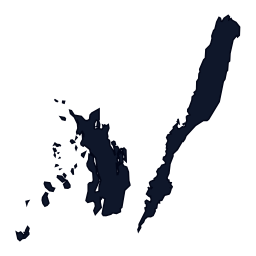 Maluku Tenggara, Maluku, Indonesia (Mercator projection)
{"feature_id": "22746128B6545713511337", "entity_name": "Maluku Tenggara", "entity_type": "district", "adm_level": 2, "iso_a3": "IDN", "parent_name": "Indonesia", "parent_adm1": "Maluku", "projection": "mercator", "projection_center": [132.834, -5.655], "detail": "fine", "context": "isolated", "style": "filled", "palette": "ink", "viewbox_px": 256, "rotation_deg": 0, "n_neighbors": 0, "source": "geoboundaries", "source_scale": "gbopen_adm2", "svg_char_len": 5869}
<svg xmlns="http://www.w3.org/2000/svg" viewBox="0 0 256 256"><path d="M228.9,19.8L229.4,16.8L228.2,15.4L224.1,18.2L222.3,21.3L221.2,21.3L220.4,18.2L219.0,17.4L216.7,22.0L215.0,29.0L213.6,30.6L211.8,36.0L212.1,38.5L211.0,43.0L210.0,45.3L205.9,49.4L205.4,58.1L203.7,59.8L199.7,69.2L200.1,71.8L199.0,73.8L198.7,78.7L196.8,81.5L196.6,89.2L196.0,90.9L194.1,92.4L195.0,94.3L192.2,96.9L191.9,100.4L189.3,107.5L187.8,109.3L187.7,111.4L189.9,114.9L187.1,115.9L186.4,116.9L186.8,120.9L185.3,124.1L185.4,126.2L183.9,127.1L182.4,126.7L179.9,128.7L177.8,128.7L176.6,125.9L177.5,124.2L177.2,123.5L173.3,127.1L173.5,128.9L170.1,132.5L171.1,133.8L168.0,134.8L166.6,137.5L168.1,140.9L166.2,144.7L166.9,145.5L166.4,148.1L167.3,148.7L165.9,151.3L166.6,153.7L165.5,156.4L163.6,157.2L163.2,159.5L165.5,161.9L165.4,164.1L161.9,165.2L160.3,167.8L158.3,168.9L156.8,171.6L157.9,174.1L156.9,176.6L154.2,178.6L154.3,180.0L150.4,181.6L149.5,182.9L150.6,186.3L152.2,187.6L151.1,188.7L150.6,187.7L149.4,188.2L147.9,187.2L149.0,189.0L146.5,194.0L148.9,196.2L150.5,196.3L150.2,197.0L151.3,198.8L150.9,201.0L150.2,202.2L146.6,200.2L145.2,201.3L145.5,203.5L146.6,204.2L146.3,207.5L145.0,207.9L145.7,211.1L139.1,224.3L139.1,227.0L137.9,229.5L138.4,231.5L140.7,227.6L140.4,225.4L143.5,222.1L144.7,219.1L147.6,216.6L150.8,216.7L153.1,215.5L155.2,211.1L154.9,209.2L156.7,207.9L157.2,204.1L158.4,202.5L159.5,202.9L159.4,200.7L161.8,200.3L164.5,195.3L169.0,194.1L170.0,192.6L171.1,188.8L170.6,188.0L171.8,187.8L172.2,186.7L170.6,184.5L171.2,182.7L169.2,182.5L168.8,180.0L167.5,179.8L167.0,177.6L168.9,173.3L170.0,163.9L173.0,156.1L172.9,153.9L177.3,149.7L182.2,141.4L183.1,141.5L184.7,139.2L186.1,135.7L195.5,125.5L203.3,120.5L207.0,120.5L208.6,119.3L219.2,101.7L223.3,81.5L224.9,79.1L226.4,71.6L227.5,70.4L228.1,62.3L229.6,61.0L230.0,53.4L233.0,40.0L236.2,36.0L236.8,35.5L237.5,37.0L239.3,35.3L239.6,27.0L236.0,22.4L232.0,20.2L231.0,18.5L228.9,19.8ZM99.1,119.6L99.1,108.9L91.8,113.0L90.1,115.0L89.5,119.5L87.1,120.7L84.9,120.3L81.3,116.4L74.3,115.2L71.4,110.7L69.7,110.2L70.5,113.6L74.4,117.2L76.8,122.3L77.4,120.7L78.4,122.7L78.5,123.6L77.4,122.8L77.9,128.3L76.6,132.0L77.0,133.9L78.4,133.3L79.8,134.7L81.5,132.0L82.8,134.6L82.9,132.4L83.8,133.9L83.7,135.8L82.4,134.4L82.7,139.4L80.8,143.1L81.1,144.8L83.2,146.2L84.4,145.1L89.5,149.2L90.4,148.6L89.8,149.7L90.3,152.1L95.7,157.9L97.7,171.6L100.9,180.2L99.2,186.1L98.9,191.5L95.3,192.3L94.8,190.9L99.0,181.3L98.9,177.8L96.4,173.2L96.4,168.7L93.5,161.7L93.5,156.3L89.0,154.2L88.7,159.5L87.0,163.5L87.2,165.9L89.4,169.8L92.8,172.3L93.4,180.3L92.5,182.3L89.4,182.9L88.2,184.3L88.2,191.2L86.0,200.6L87.8,202.4L93.1,200.9L94.9,202.7L95.5,206.2L93.8,210.7L95.3,214.5L101.2,207.5L100.2,202.1L100.4,197.8L101.3,198.9L102.2,197.2L105.0,198.8L102.2,213.8L103.3,215.5L106.0,215.6L110.9,214.2L112.7,212.8L116.5,213.5L120.4,211.7L120.3,208.6L121.8,207.4L124.7,190.3L129.9,185.3L129.8,184.3L128.8,180.7L128.4,171.9L126.7,167.1L123.6,165.9L122.4,163.4L119.9,164.1L117.9,166.7L118.7,171.8L117.9,174.5L117.2,174.6L116.3,163.3L117.1,163.5L117.9,165.9L119.4,164.5L117.2,160.6L117.1,158.5L117.9,156.6L117.4,153.6L119.2,149.5L117.5,146.5L113.7,146.7L115.3,154.7L114.7,154.9L113.3,150.9L109.9,145.5L109.4,140.4L107.3,138.8L107.8,136.4L107.1,133.0L108.9,128.2L108.3,124.6L106.6,125.8L104.8,125.0L104.7,126.0L102.7,125.0L103.0,126.7L103.7,126.7L101.8,129.5L98.3,128.3L95.2,129.2L94.2,128.5L94.5,123.2L96.2,120.1L97.7,120.7L97.1,126.0L96.1,126.7L99.4,127.2L99.7,124.4L98.6,120.5L98.1,120.9L99.1,119.6ZM29.0,228.3L27.6,226.6L25.6,230.5L26.2,234.0L24.9,233.8L23.5,235.7L23.5,234.8L20.7,232.0L18.1,233.2L16.4,232.1L17.9,238.9L19.9,240.6L22.2,238.6L25.1,238.1L28.8,234.3L28.8,232.9L27.9,232.4L29.0,228.3ZM48.9,203.1L46.8,196.2L47.7,193.6L45.7,192.6L42.6,197.3L42.2,200.1L43.0,203.5L44.9,206.2L47.1,205.3L48.9,203.1ZM49.8,182.8L44.7,182.2L44.3,183.8L45.6,187.1L49.6,190.7L53.1,191.3L54.6,188.3L51.9,187.5L49.8,182.8ZM122.7,154.6L120.2,150.2L120.3,152.6L119.3,151.2L118.5,151.6L119.0,154.4L118.4,154.7L118.3,158.5L119.1,158.4L119.3,156.5L119.5,161.8L120.5,163.7L122.9,162.3L122.7,154.6ZM67.2,180.8L63.6,184.3L65.0,188.0L68.0,188.2L69.9,187.2L69.9,185.1L67.2,180.8ZM125.9,150.0L124.0,148.0L122.7,148.8L121.1,148.5L120.3,149.4L123.1,150.0L122.1,151.8L123.1,152.1L125.2,157.2L123.8,159.1L126.2,161.5L125.9,150.0ZM57.6,175.8L57.3,177.3L62.5,182.0L65.9,180.1L64.3,179.4L61.8,176.3L57.6,175.8ZM65.0,120.2L65.4,118.8L64.6,117.6L60.3,116.8L62.2,119.5L65.0,120.2ZM113.7,141.2L111.7,142.4L113.2,145.6L114.1,145.9L115.5,144.4L114.8,141.8L113.7,141.2ZM83.5,157.1L85.5,151.9L81.7,154.0L81.6,155.5L83.5,157.1ZM73.4,174.7L73.0,169.0L72.2,168.8L71.3,171.3L73.4,174.7ZM56.8,144.4L55.0,143.1L54.0,144.9L55.5,144.4L56.6,146.1L57.8,146.3L59.0,145.4L60.8,145.9L59.5,144.7L56.8,144.4ZM72.3,140.0L71.0,140.2L70.5,141.4L72.1,143.4L74.7,142.2L72.3,140.0ZM28.6,200.8L26.1,201.4L26.8,204.4L27.3,202.8L28.6,200.8ZM64.1,103.2L64.6,101.3L62.7,101.2L62.6,102.7L64.1,103.2ZM56.2,150.9L55.2,148.9L53.9,149.9L54.6,151.7L56.2,150.9ZM65.9,175.4L64.0,173.6L63.3,174.5L65.0,177.3L65.9,175.4ZM178.2,119.4L177.8,118.9L178.2,120.3L177.2,121.6L179.0,123.3L178.2,119.4ZM76.2,164.6L74.8,166.0L75.2,167.7L76.5,166.3L76.2,164.6ZM56.1,164.7L55.6,166.3L58.0,165.5L57.6,165.0L56.1,164.7ZM76.1,149.6L76.9,147.7L76.0,146.3L75.5,148.0L76.1,149.6ZM58.1,101.6L54.5,99.4L56.2,101.3L58.1,101.6ZM55.1,156.3L55.3,155.2L54.7,154.0L54.2,155.0L55.1,156.3ZM77.1,137.5L76.3,136.7L75.8,138.9L77.1,137.5ZM91.2,154.1L91.1,153.3L90.6,153.0L90.2,154.2L91.2,154.1ZM53.8,149.8L53.6,148.6L53.9,147.8L53.3,148.8L53.8,149.8ZM57.4,153.1L58.3,153.3L58.5,152.9L57.4,153.1ZM183.9,123.7L183.1,124.1L183.6,124.6L183.9,123.7ZM60.5,157.8L59.8,157.5L59.5,157.9L60.5,157.8ZM60.1,169.2L59.0,169.3L59.7,169.5L60.1,169.2ZM24.4,232.4L23.6,231.9L24.4,232.6L24.4,232.4ZM112.1,144.2L112.6,144.4L112.0,143.8L112.1,144.2Z" fill="#0f172a" stroke="#020617" stroke-width="1.5"/></svg>